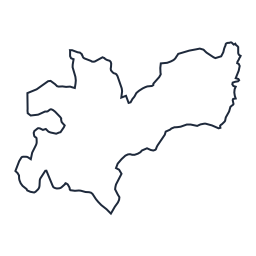 the Department of Caldas
{"feature_id": "COL-1397", "entity_name": "Caldas", "entity_type": "Department", "adm_level": 1, "iso_a3": "COL", "parent_name": "Colombia", "parent_adm1": "", "projection": "albers", "projection_center": [-75.309, 5.29], "detail": "fine", "context": "isolated", "style": "outline", "palette": "slate", "viewbox_px": 256, "rotation_deg": 0, "n_neighbors": 0, "source": "natural_earth", "source_scale": "10m", "svg_char_len": 3508}
<svg xmlns="http://www.w3.org/2000/svg" viewBox="0 0 256 256"><path d="M235.3,43.7L236.0,45.0L237.4,46.1L238.2,47.1L238.2,53.0L238.4,53.8L238.8,54.5L239.3,55.2L240.6,55.8L240.3,56.7L239.6,57.7L238.6,59.9L237.5,61.7L237.2,63.2L238.7,63.9L239.7,66.0L238.7,70.7L235.7,78.2L238.4,79.0L239.1,80.2L238.0,81.3L235.1,81.8L232.7,82.6L232.3,84.3L233.4,86.0L235.7,86.7L234.6,89.3L234.3,92.5L234.8,95.8L235.7,98.5L233.2,98.9L232.7,100.1L233.5,104.0L232.9,104.9L231.6,105.8L230.4,106.9L229.1,111.5L225.8,117.4L225.1,120.8L224.5,121.7L221.8,124.3L220.8,124.9L220.1,125.8L220.4,127.8L218.6,128.3L211.9,125.4L205.7,123.7L204.1,123.7L200.5,124.4L197.2,125.9L190.5,124.5L186.9,124.5L180.6,126.7L176.9,127.2L174.4,127.3L171.4,128.5L170.0,129.7L165.7,131.6L164.8,134.7L157.5,145.5L156.5,147.5L156.2,148.5L155.8,149.4L154.9,150.0L153.3,150.5L150.8,150.0L147.0,148.3L141.9,150.5L140.4,152.2L137.8,153.7L134.6,154.8L132.2,154.8L130.1,154.2L128.0,154.4L125.4,155.6L121.7,159.0L117.7,163.6L116.0,168.1L119.1,169.7L121.5,173.8L116.0,184.5L115.4,187.0L115.1,189.3L117.8,194.6L119.4,197.2L119.1,199.8L117.9,202.5L114.8,206.8L110.9,213.6L106.5,209.2L101.3,205.1L98.3,202.0L95.9,199.1L92.5,193.9L91.0,192.7L89.1,192.2L85.5,192.0L80.8,190.7L78.9,190.5L74.9,190.8L70.4,190.2L69.7,189.2L69.7,188.3L69.3,187.2L67.7,184.4L66.3,183.5L65.6,183.2L65.2,183.5L65.2,183.8L65.1,184.1L61.5,187.3L60.6,187.9L59.3,188.3L56.9,188.5L55.2,188.1L53.9,187.5L53.2,186.9L52.4,185.2L46.4,170.7L45.3,170.8L40.3,178.5L39.8,180.0L39.5,185.9L39.1,187.7L38.1,189.3L35.5,191.8L34.1,192.5L30.4,191.8L27.2,190.4L26.6,189.1L22.6,185.9L20.7,183.3L19.6,180.6L19.3,179.6L19.1,178.3L19.0,175.5L17.6,173.1L15.4,171.0L19.2,161.1L21.4,157.5L22.2,156.9L23.6,156.7L26.8,156.8L27.8,157.2L30.8,159.2L32.2,152.6L36.0,145.0L36.5,143.6L36.7,142.2L36.6,138.7L36.3,137.7L35.0,136.9L34.3,136.1L34.0,134.8L33.7,132.9L34.4,131.0L37.8,128.3L38.6,128.2L39.9,128.4L42.9,129.9L45.8,129.0L48.3,131.5L49.0,131.9L50.6,132.5L56.2,133.7L59.2,132.5L60.5,132.2L63.9,127.2L64.7,125.4L62.7,123.3L61.6,121.9L61.1,119.6L61.2,118.4L60.2,117.0L55.1,111.7L53.2,110.2L51.6,109.4L50.7,109.3L49.8,109.7L47.9,111.2L47.1,111.5L45.1,111.5L38.3,114.6L37.0,114.8L30.7,115.5L27.7,113.2L27.7,112.5L27.5,110.9L27.6,108.9L27.4,93.1L36.7,89.3L48.1,81.2L50.6,80.9L53.2,82.8L55.1,84.2L57.1,86.2L58.7,86.6L62.4,86.4L66.1,86.9L70.1,86.6L72.2,87.3L74.8,88.0L75.5,83.8L75.8,80.4L75.4,76.8L72.6,67.2L72.7,64.6L73.6,59.2L71.1,58.3L70.1,56.2L70.1,50.7L70.0,50.2L72.1,50.2L77.7,52.3L79.9,52.6L81.9,54.3L81.9,54.9L82.4,55.5L82.6,56.2L82.8,56.8L83.4,57.7L84.4,58.4L90.9,60.9L92.0,61.6L93.8,61.7L94.8,61.5L102.5,57.3L104.4,58.1L105.0,58.8L105.9,59.4L107.1,60.0L109.7,60.8L110.7,61.9L111.2,63.6L111.0,66.9L110.7,68.8L111.0,70.4L112.8,72.5L114.0,73.3L115.2,73.6L116.3,74.2L117.5,76.1L121.7,88.3L122.0,90.3L122.1,91.3L121.3,97.6L126.0,95.8L128.6,102.9L129.4,102.7L130.6,102.3L132.5,98.9L133.2,98.1L133.9,97.3L134.6,96.3L136.3,93.1L137.4,92.1L139.1,90.7L142.7,88.4L145.2,87.2L146.8,86.6L147.4,86.4L151.8,86.0L152.7,85.5L153.3,85.1L153.4,83.6L159.2,77.1L160.7,74.4L160.7,73.7L160.5,73.0L160.3,68.0L160.8,63.4L167.2,62.8L170.7,61.5L172.9,60.4L174.1,59.6L175.0,58.7L175.8,57.7L176.4,56.6L177.1,55.7L178.2,53.9L189.3,50.6L195.8,49.4L199.8,48.6L203.3,49.6L204.1,50.2L204.6,50.8L206.5,52.6L213.6,57.3L215.4,58.1L221.2,56.3L223.3,52.2L224.2,48.5L224.9,46.7L225.5,45.5L225.7,44.1L226.2,43.5L226.7,43.2L228.1,42.8L229.0,42.9L230.6,42.4L231.2,42.4L231.8,42.7L233.2,44.1L233.8,44.6L235.3,43.7Z" fill="none" stroke="#1e293b" stroke-width="2"/></svg>